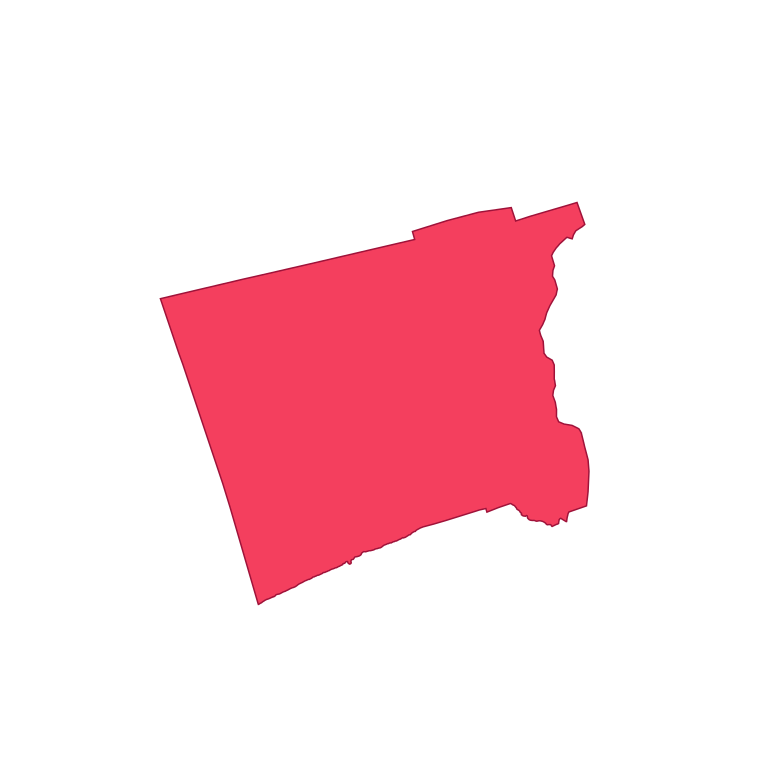 the district of Avellaneda, Ciudad de Buenos Aires, Argentina, rotated 120°
{"feature_id": "61730980B497821979952", "entity_name": "Avellaneda", "entity_type": "district", "adm_level": 2, "iso_a3": "ARG", "parent_name": "Argentina", "parent_adm1": "Ciudad de Buenos Aires", "projection": "natural_earth1", "projection_center": [-58.33, -34.679], "detail": "fine", "context": "isolated", "style": "filled", "palette": "rose", "viewbox_px": 768, "rotation_deg": 120, "n_neighbors": 0, "source": "geoboundaries", "source_scale": "gbopen_adm2", "svg_char_len": 5319}
<svg xmlns="http://www.w3.org/2000/svg" viewBox="0 0 768 768"><g transform="rotate(120 384 384)"><path d="M421.9,620.3L460.1,576.9L467.4,568.2L550.8,473.9L567.7,455.7L604.9,416.9L618.3,402.9L636.8,383.6L637.0,383.4L637.7,382.6L637.4,382.3L636.6,381.9L635.6,381.4L634.7,380.7L633.2,380.2L632.1,379.5L631.2,379.2L630.0,378.4L629.3,378.0L628.6,377.3L627.6,376.4L626.2,375.4L625.5,374.9L624.9,374.5L625.1,374.5L624.2,374.0L623.6,373.3L622.8,372.7L621.8,372.3L620.9,372.2L620.2,371.9L619.2,370.9L618.2,369.7L617.1,368.9L615.9,368.2L614.6,367.4L613.6,366.6L612.9,365.9L611.7,365.2L610.9,364.6L610.0,364.0L608.8,363.3L607.7,362.6L606.5,361.7L605.4,360.6L603.9,359.5L602.5,358.8L600.9,358.2L600.0,357.8L598.8,357.0L597.6,356.2L596.5,355.4L595.4,354.8L594.0,354.0L593.1,353.2L591.8,352.3L591.0,351.7L590.5,350.9L589.4,350.3L588.3,349.5L587.5,349.3L586.7,349.0L586.0,348.1L585.3,347.7L584.8,347.3L584.0,346.6L583.3,346.3L582.7,345.7L582.2,345.0L581.8,344.7L581.0,344.2L580.5,343.8L579.7,343.3L579.2,342.9L578.5,342.5L577.9,342.5L577.3,341.9L577.0,341.4L576.6,340.9L576.1,340.7L575.5,340.2L575.0,339.7L574.4,339.3L574.0,339.1L573.5,338.7L572.9,338.1L572.2,337.8L571.5,337.4L570.7,336.8L570.0,336.2L569.3,335.5L568.7,335.0L567.6,334.3L566.7,333.2L565.7,332.6L565.0,332.3L564.2,331.5L563.3,331.0L562.5,330.5L561.7,329.9L561.0,329.5L560.5,329.7L559.8,329.4L558.9,328.4L558.4,328.3L557.6,328.2L556.9,328.0L556.1,327.2L556.1,326.7L556.3,326.4L556.7,326.1L557.1,325.3L557.2,324.6L557.2,324.3L557.2,323.8L557.0,323.5L556.4,323.1L555.9,322.9L555.3,323.0L554.8,323.3L554.4,323.8L553.6,324.1L553.0,324.3L552.6,324.3L552.1,324.0L551.4,323.1L550.9,322.9L550.1,322.9L549.6,322.8L548.9,322.8L548.2,322.6L548.0,322.4L547.5,321.8L547.2,321.2L546.4,320.5L545.5,319.6L544.7,319.1L543.5,318.6L542.7,318.6L542.2,318.8L541.4,318.7L540.7,318.4L539.9,318.1L539.4,317.9L539.0,317.1L538.6,316.2L538.0,315.5L537.4,315.0L536.6,314.2L535.9,313.6L535.3,312.6L534.5,311.7L533.3,310.5L532.6,309.8L531.6,309.3L530.7,308.5L529.8,307.4L528.7,306.5L528.3,306.0L527.6,305.2L526.4,304.5L525.2,304.1L524.1,303.6L523.4,303.3L522.4,302.4L521.2,301.5L520.4,301.0L520.0,300.3L519.1,299.8L518.5,299.1L517.8,298.1L517.3,297.9L516.5,297.4L515.9,297.0L515.4,296.3L514.7,295.9L514.3,295.6L514.0,295.0L513.4,294.6L513.1,294.3L512.4,293.9L512.0,293.7L511.2,293.2L510.6,292.7L510.2,292.3L509.6,292.0L508.9,291.5L508.3,291.3L507.7,291.0L507.6,290.4L507.5,290.1L506.8,289.6L506.5,289.2L505.9,288.8L505.0,288.3L504.2,287.9L503.5,287.5L502.6,287.2L502.1,286.8L501.5,286.0L500.5,285.7L499.5,285.5L498.5,285.1L497.6,284.6L496.7,284.1L496.0,283.2L495.2,283.1L494.2,282.8L493.2,282.2L490.1,280.3L489.4,279.6L488.5,279.0L487.5,278.0L485.4,275.9L484.6,275.1L480.4,270.9L471.6,262.5L448.5,241.2L445.4,238.4L440.9,233.5L442.3,232.1L443.5,230.8L436.3,225.1L434.0,223.3L424.4,214.9L424.1,213.7L424.2,213.0L424.3,212.4L424.2,211.5L424.1,210.4L424.4,209.3L424.8,208.4L425.0,207.6L425.6,206.8L426.0,206.1L426.0,205.7L426.0,204.9L426.0,204.1L426.1,203.5L426.4,202.7L427.0,201.8L427.1,201.1L427.2,200.3L428.0,200.0L428.5,199.6L428.5,198.9L428.7,198.5L428.6,197.3L428.4,196.9L428.1,196.2L427.9,195.5L427.5,195.3L426.7,194.9L426.6,194.0L427.7,193.1L428.3,192.6L428.7,191.3L428.9,190.5L428.8,189.3L428.4,188.2L427.8,186.9L427.3,186.2L426.9,185.2L426.7,183.6L425.8,182.3L424.9,181.4L424.3,180.1L423.9,178.8L423.6,177.5L423.6,176.5L423.7,174.5L424.2,173.5L424.3,172.3L423.5,171.2L422.5,169.5L422.6,168.9L423.2,167.9L423.3,167.2L422.6,166.7L419.1,164.3L418.4,163.5L417.4,163.1L416.6,163.5L413.8,164.5L413.3,164.3L412.6,164.3L411.9,163.7L412.0,162.1L412.1,157.4L411.8,157.1L411.6,157.2L411.1,157.4L408.1,158.6L406.0,159.2L404.1,159.8L403.3,159.8L402.4,159.9L388.3,147.7L386.3,148.6L380.5,151.1L375.3,153.4L357.2,162.8L355.4,164.0L355.0,164.3L347.7,169.3L342.5,174.4L338.2,178.7L335.1,181.6L327.8,188.6L327.7,188.6L327.5,189.1L327.0,189.8L325.4,192.7L325.4,194.1L325.8,200.4L328.3,207.1L328.7,208.0L328.7,208.4L329.3,213.0L329.4,213.9L329.0,214.4L326.7,217.5L326.3,218.0L326.1,218.3L325.9,218.4L323.6,219.7L319.9,221.8L318.9,222.6L317.9,223.5L314.2,226.5L309.5,232.1L304.8,234.0L304.5,234.1L303.4,234.2L299.7,234.7L298.4,235.8L295.9,237.8L294.5,239.1L289.2,242.1L288.3,242.6L282.6,246.0L282.4,246.1L280.0,249.3L279.3,250.2L279.3,251.8L279.3,255.7L279.3,256.2L279.3,256.7L279.2,256.8L277.9,259.6L277.4,260.7L277.4,260.8L276.6,261.3L273.1,263.7L271.7,264.6L267.4,267.5L263.6,272.5L261.7,274.5L259.8,276.3L253.2,276.3L250.0,276.7L247.7,276.9L244.9,277.7L241.0,278.7L233.2,279.5L231.0,279.5L226.5,279.5L220.8,279.5L219.3,280.0L218.1,280.4L217.2,280.7L216.9,280.8L215.1,281.3L214.1,282.3L211.3,285.2L211.0,285.5L208.5,288.1L207.0,290.9L206.7,291.5L206.5,291.9L204.7,292.8L201.3,294.4L201.1,294.5L198.5,295.0L196.4,295.4L195.9,295.9L192.8,299.2L189.2,303.0L185.5,303.3L185.2,303.3L181.1,303.0L180.9,303.0L180.0,302.9L177.2,302.3L174.7,301.9L172.9,301.3L170.0,300.4L169.0,300.1L165.6,299.0L165.5,298.9L165.3,298.2L165.1,297.5L164.9,296.4L164.7,295.4L164.6,295.2L164.2,293.6L160.1,294.5L159.9,294.5L155.5,294.5L154.6,294.1L153.5,293.5L152.4,293.0L148.6,291.0L145.4,289.9L130.3,307.6L137.0,313.9L152.8,329.0L156.6,332.6L165.5,341.1L177.0,351.5L167.6,362.0L188.0,388.0L210.9,411.0L237.7,435.6L243.5,429.7L317.5,508.7L356.0,550.1L362.9,557.6L421.9,620.3Z" fill="#f43f5e" stroke="#9f1239" stroke-width="1.5"/></g></svg>